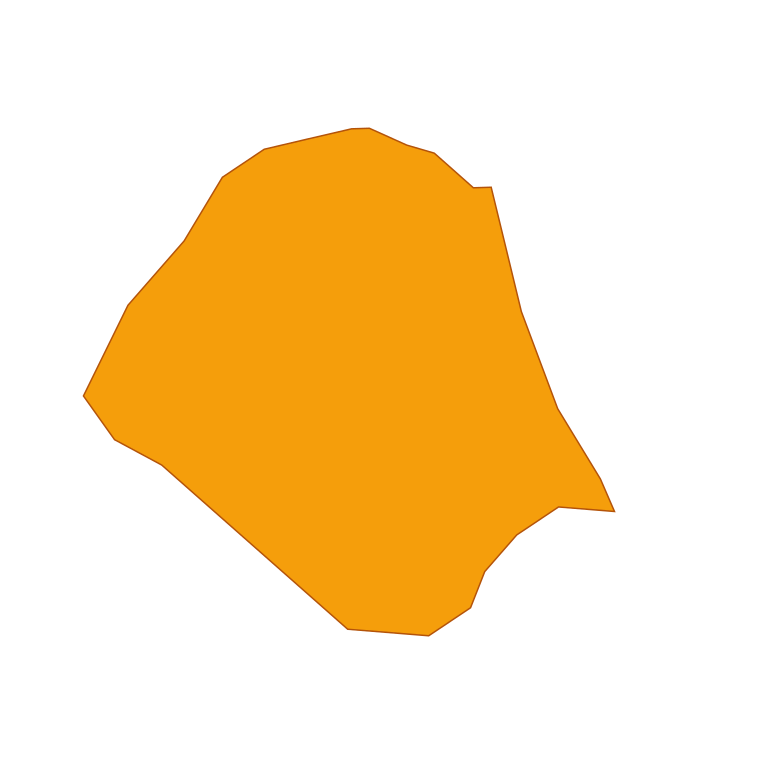 the district of Tukjang, P'yŏngan-namdo, North Korea, rotated 131°
{"feature_id": "82179303B96835998752740", "entity_name": "Tukjang", "entity_type": "district", "adm_level": 2, "iso_a3": "PRK", "parent_name": "North Korea", "parent_adm1": "P'yŏngan-namdo", "projection": "orthographic", "projection_center": [126.139, 39.616], "detail": "fine", "context": "isolated", "style": "filled", "palette": "amber", "viewbox_px": 768, "rotation_deg": 131, "n_neighbors": 0, "source": "geoboundaries", "source_scale": "gbopen_adm2", "svg_char_len": 519}
<svg xmlns="http://www.w3.org/2000/svg" viewBox="0 0 768 768"><g transform="rotate(131 384 384)"><path d="M165.2,432.2L177.3,445.3L176.8,497.5L188.8,523.6L200.6,562.8L212.7,575.9L249.0,602.2L285.4,628.4L334.0,641.6L407.2,628.7L492.5,628.9L590.2,603.0L602.8,550.8L591.0,498.6L591.6,420.2L592.4,315.8L592.8,263.5L592.9,250.5L544.7,185.1L496.1,171.9L459.5,184.9L410.8,184.8L362.3,171.6L329.0,126.4L313.7,158.4L288.7,236.7L239.2,327.9L202.2,380.0L165.2,432.2Z" fill="#f59e0b" stroke="#b45309" stroke-width="1.5"/></g></svg>